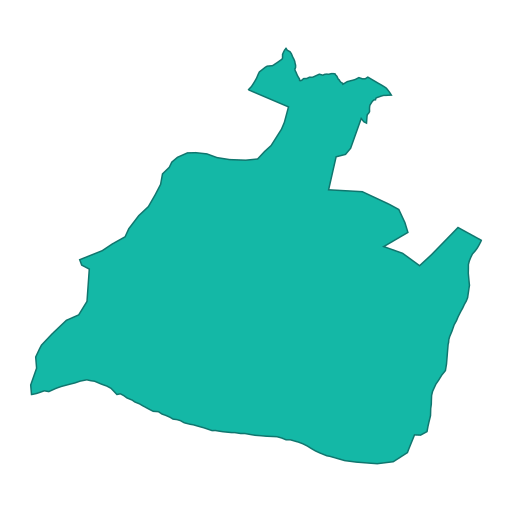 Ngor-Okpala, Imo, Nigeria (orthographic projection)
{"feature_id": "59680162B61451583552190", "entity_name": "Ngor-Okpala", "entity_type": "district", "adm_level": 2, "iso_a3": "NGA", "parent_name": "Nigeria", "parent_adm1": "Imo", "projection": "orthographic", "projection_center": [7.178, 5.331], "detail": "fine", "context": "isolated", "style": "filled", "palette": "teal", "viewbox_px": 512, "rotation_deg": 0, "n_neighbors": 0, "source": "geoboundaries", "source_scale": "gbopen_adm2", "svg_char_len": 3829}
<svg xmlns="http://www.w3.org/2000/svg" viewBox="0 0 512 512"><path d="M427.0,431.6L428.0,426.2L429.0,421.8L430.5,415.7L430.6,412.6L430.7,408.6L431.3,404.2L431.4,400.3L431.6,395.4L432.6,391.3L435.9,384.1L438.6,380.2L441.8,375.0L445.4,370.6L446.5,364.0L448.1,344.4L448.6,342.4L448.8,339.6L449.7,336.5L451.9,331.3L454.2,324.7L456.4,320.8L458.2,316.5L460.9,311.2L462.6,308.2L463.4,306.5L464.4,304.3L466.2,301.2L467.6,297.7L468.5,291.6L469.0,288.1L469.5,285.1L469.4,285.0L469.0,280.9L468.3,273.3L468.4,268.4L468.4,264.5L469.3,261.0L470.7,257.5L472.4,254.0L475.1,251.0L477.3,248.0L479.1,244.9L480.9,241.4L481.3,240.3L458.0,227.5L431.6,254.6L419.6,265.7L402.6,253.3L383.7,246.6L407.9,232.4L404.9,222.6L398.8,209.5L389.4,204.4L362.3,191.7L328.6,189.8L336.1,156.8L345.5,154.4L350.6,148.3L361.2,118.5L363.9,121.8L366.5,123.1L367.0,116.3L367.3,114.6L367.7,114.2L368.4,113.5L369.4,111.9L369.6,111.1L369.5,110.4L369.5,108.9L369.5,108.2L369.7,106.1L370.0,105.0L371.1,103.3L372.1,101.7L372.9,100.8L374.0,99.9L375.5,99.8L375.8,98.3L377.1,97.5L379.2,96.8L381.1,96.1L383.6,95.4L385.8,95.4L388.5,95.2L391.3,95.1L390.5,93.8L389.6,92.4L387.1,89.1L386.0,87.9L383.7,86.4L381.4,85.0L377.3,82.7L376.0,81.9L367.8,77.1L366.9,77.7L366.0,78.3L365.4,78.7L364.7,78.8L363.2,78.8L362.3,78.8L361.3,78.4L360.3,78.1L358.9,77.6L358.1,78.0L356.8,78.7L355.2,79.5L352.9,80.2L350.4,80.8L349.3,81.1L348.2,81.4L347.3,81.6L345.8,82.5L344.5,83.3L343.4,84.0L342.9,84.2L342.9,83.5L342.4,83.1L341.7,82.8L341.0,82.4L340.6,82.0L340.1,81.3L339.6,80.8L339.3,80.0L338.2,79.1L337.8,78.2L337.3,77.3L337.0,76.4L336.3,75.6L335.8,75.2L335.5,74.9L335.3,74.1L334.6,73.8L333.9,73.7L333.2,73.6L332.1,73.6L331.4,73.6L330.7,73.8L330.1,73.9L328.9,74.3L326.5,74.1L324.4,74.4L322.9,75.2L321.2,74.7L319.3,74.2L318.0,74.8L313.2,77.0L312.2,77.3L309.5,77.2L306.8,78.5L303.6,78.6L301.7,80.3L300.6,80.7L299.6,80.5L299.6,79.4L299.0,78.2L298.4,77.3L297.5,75.7L296.9,74.4L296.5,73.4L296.0,72.2L295.2,70.7L294.8,68.9L295.3,68.3L295.6,67.3L295.6,65.2L295.1,63.4L294.7,61.2L293.7,58.8L292.8,57.2L291.4,53.8L290.0,51.7L287.2,50.2L286.4,48.9L286.0,48.3L285.8,48.4L285.7,48.8L284.6,50.1L283.6,52.0L282.6,54.3L282.5,54.9L282.6,55.7L282.5,56.9L282.6,57.7L282.3,58.7L281.8,59.3L278.6,61.6L276.6,63.0L274.9,64.1L273.8,64.9L272.4,65.7L267.6,66.1L266.7,66.4L265.1,67.4L259.4,71.9L258.2,74.3L256.6,78.1L254.5,81.8L252.8,84.5L251.5,86.5L249.2,88.9L248.6,89.6L249.1,90.1L288.5,106.9L284.4,122.3L281.5,129.2L271.1,145.6L264.7,151.4L257.6,159.0L245.7,160.2L229.6,159.6L217.0,157.6L206.9,153.9L195.8,152.7L187.4,152.9L177.5,157.3L171.8,162.1L169.3,167.3L162.5,173.9L160.6,184.4L155.2,194.8L148.4,206.6L138.8,215.6L128.8,228.7L125.1,236.8L112.4,243.9L102.2,250.7L79.7,259.7L81.7,265.1L89.3,269.1L87.0,301.4L78.7,314.9L66.4,320.3L52.2,333.8L41.5,345.1L39.7,348.5L35.7,357.0L36.6,368.2L30.7,385.0L31.5,394.5L31.8,394.5L36.5,393.5L39.5,392.5L44.3,390.8L48.8,391.6L55.4,388.6L58.3,387.5L61.5,386.4L69.8,384.2L75.0,382.9L80.2,381.1L86.8,379.8L90.8,380.7L94.5,381.2L97.6,382.5L100.6,383.8L103.8,385.0L106.7,386.0L111.0,388.3L113.8,391.2L116.9,394.5L120.4,393.8L123.8,395.6L126.9,397.9L132.4,400.2L134.0,401.4L134.9,402.0L139.6,403.9L142.6,405.7L149.1,409.2L153.2,411.3L158.5,411.7L161.9,414.0L165.8,415.4L170.1,417.3L173.0,419.1L177.0,419.6L180.4,420.6L183.9,422.6L185.1,423.0L190.3,424.3L193.4,424.8L196.4,425.7L200.6,426.9L203.9,427.8L212.1,430.6L215.4,430.5L218.9,431.1L222.8,431.7L231.8,432.6L232.6,432.6L234.9,432.6L240.6,433.5L244.9,433.5L251.0,434.6L255.3,435.3L260.7,435.7L266.1,436.2L277.0,436.7L281.7,438.0L286.1,439.8L290.4,439.8L296.9,441.7L298.2,442.0L302.9,443.8L307.3,446.0L311.6,448.7L315.4,450.9L320.2,453.1L326.9,455.8L329.8,456.3L344.7,460.6L356.3,462.1L371.7,463.3L377.2,463.7L393.3,461.7L407.4,452.6L409.1,448.2L414.5,434.9L420.6,435.1L427.0,431.6Z" fill="#14b8a6" stroke="#0f766e" stroke-width="1.5"/></svg>